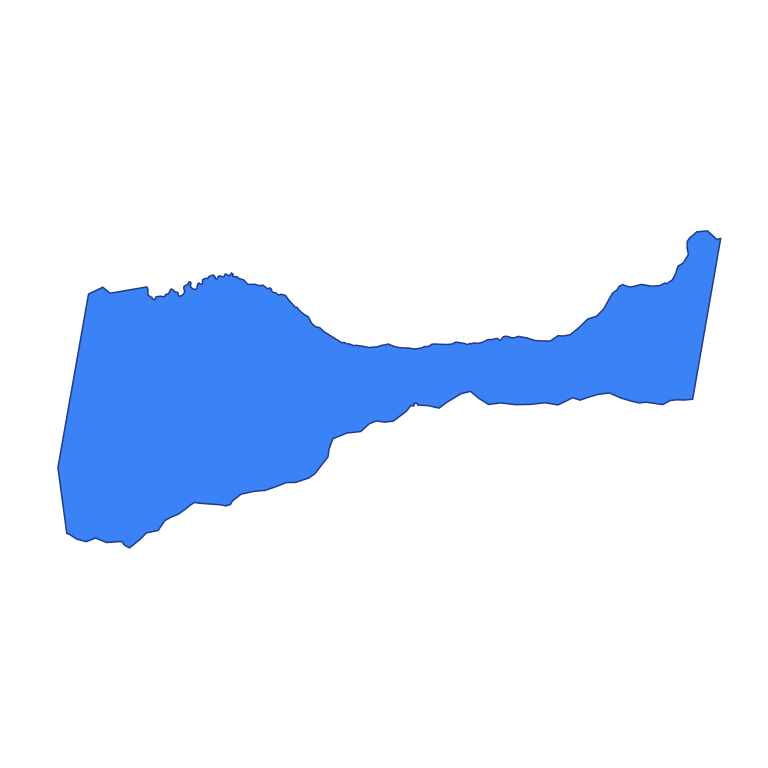 the district of Amador, California, United States of America, rotated 10°
{"feature_id": "52423323B77111199665921", "entity_name": "Amador", "entity_type": "district", "adm_level": 2, "iso_a3": "USA", "parent_name": "United States of America", "parent_adm1": "California", "projection": "equal_earth", "projection_center": [-120.611, 38.464], "detail": "fine", "context": "isolated", "style": "filled", "palette": "blue", "viewbox_px": 768, "rotation_deg": 10, "n_neighbors": 0, "source": "geoboundaries", "source_scale": "gbopen_adm2", "svg_char_len": 3692}
<svg xmlns="http://www.w3.org/2000/svg" viewBox="0 0 768 768"><g transform="rotate(10 384 384)"><path d="M690.3,182.3L689.8,182.3L686.6,183.9L676.1,177.0L665.7,179.8L659.7,187.0L657.9,190.8L658.9,197.5L661.3,203.6L658.7,210.2L657.8,212.7L653.1,216.9L651.9,225.4L649.8,231.5L644.8,236.3L642.9,235.8L641.0,237.3L637.9,239.4L630.8,241.2L620.4,241.2L610.0,245.8L605.2,245.5L601.9,244.6L598.6,247.0L597.2,250.7L593.4,254.8L591.1,260.8L587.3,272.1L581.4,280.5L573.3,284.7L566.3,294.5L558.8,303.2L551.4,305.8L547.1,306.1L540.2,312.9L525.7,315.0L516.6,313.8L507.9,313.8L504.5,315.7L501.5,316.3L498.0,315.7L495.3,315.9L493.2,316.9L491.6,320.0L490.6,321.1L489.0,320.1L487.6,319.4L485.1,320.4L481.6,321.8L478.8,322.1L475.9,324.3L473.2,326.2L470.1,327.5L467.7,327.8L465.1,328.0L463.0,329.3L461.3,329.2L459.6,330.7L456.2,330.1L447.5,330.2L444.4,332.7L440.0,334.0L436.0,334.6L432.2,335.2L428.5,335.6L424.4,336.4L421.6,339.1L417.0,340.3L414.7,342.1L410.9,343.3L407.4,344.3L404.5,344.3L401.4,344.3L398.7,344.9L396.0,345.2L392.6,345.5L388.0,345.3L384.8,344.7L381.2,343.9L378.1,345.3L374.9,346.4L371.1,348.5L368.7,349.2L366.5,349.6L363.9,350.6L360.6,350.6L358.4,350.6L355.8,350.5L352.9,350.7L349.2,350.8L347.4,351.5L345.4,351.0L343.2,350.6L340.3,350.9L337.7,350.0L335.2,350.7L330.2,348.7L322.8,345.7L315.5,342.8L311.2,339.8L306.0,339.3L302.1,336.7L297.9,331.1L293.8,329.5L290.9,328.1L287.2,325.7L285.2,323.6L283.3,323.9L279.3,320.7L275.4,317.7L271.5,313.8L267.1,313.5L265.6,314.6L263.4,314.1L261.3,312.9L258.6,313.1L256.6,311.1L256.8,310.3L255.0,309.2L252.8,310.4L247.7,307.7L244.0,308.8L239.5,308.2L235.5,309.1L232.2,309.3L227.9,305.9L225.2,305.5L223.0,305.3L220.5,303.9L216.5,304.4L216.0,302.5L216.3,302.3L214.6,301.2L212.9,304.5L209.7,303.3L208.5,303.3L208.1,304.6L208.0,305.6L206.9,306.5L203.6,306.0L201.9,307.0L201.6,308.9L200.9,309.9L199.4,309.4L199.2,308.1L198.1,306.9L196.7,306.3L195.3,307.1L194.1,307.9L192.8,308.7L192.0,310.7L190.0,311.0L188.6,311.7L187.5,312.6L187.2,314.4L187.8,315.8L187.5,317.3L185.6,317.4L184.3,316.7L183.3,317.6L183.2,318.4L183.1,321.2L183.1,322.6L181.5,323.8L179.2,323.5L177.3,322.4L176.1,320.7L176.5,319.7L176.1,317.5L175.3,317.0L174.1,317.7L173.7,319.7L171.7,321.2L170.3,322.2L170.0,324.3L171.1,326.0L171.7,328.5L171.0,330.0L169.8,331.8L167.9,332.9L166.7,333.0L165.8,331.8L165.6,330.6L164.4,329.4L163.5,329.6L162.3,329.7L159.6,327.9L158.4,327.3L157.3,328.1L157.0,329.5L156.0,332.7L153.8,333.4L152.6,335.9L151.4,336.5L149.5,336.3L148.0,336.5L146.1,337.2L144.3,337.9L143.8,340.1L143.0,340.8L141.4,340.5L140.8,339.5L137.9,338.1L136.5,337.7L136.0,336.3L135.8,335.4L135.2,333.0L135.0,331.5L133.7,329.7L132.1,329.9L131.3,330.4L98.4,342.2L90.3,337.5L77.4,346.7L77.4,522.9L97.6,586.3L99.6,586.4L108.4,590.1L118.2,591.0L126.6,585.8L138.3,588.3L153.0,584.6L156.6,587.9L161.9,589.6L166.0,584.9L171.3,578.7L175.7,572.0L187.0,567.4L191.9,556.6L196.6,552.7L204.1,547.8L209.7,542.2L214.1,537.1L218.0,533.5L222.4,533.5L232.8,532.5L244.4,531.3L249.3,531.5L253.7,529.3L255.2,525.2L262.4,517.3L274.6,512.3L285.7,509.3L298.2,502.2L304.9,498.0L314.0,496.3L326.1,489.7L331.5,484.5L336.8,474.3L341.5,465.5L341.2,457.7L343.1,446.8L355.8,438.8L369.4,434.8L376.5,425.6L383.1,421.7L391.2,421.5L399.6,418.9L410.8,406.9L414.2,400.5L416.0,400.7L417.4,399.9L417.0,397.6L420.0,397.4L421.1,398.9L431.8,397.6L442.4,398.2L449.9,390.3L461.6,380.2L470.4,376.2L480.2,381.8L490.5,386.0L501.8,382.4L517.2,381.5L531.5,378.7L545.9,374.5L558.9,374.4L566.9,368.7L572.1,364.8L580.1,365.8L585.8,362.5L596.4,357.1L607.5,353.7L620.3,356.8L630.4,357.9L638.6,358.4L644.9,356.4L653.6,356.1L662.0,355.9L669.1,350.4L675.2,348.7L682.6,347.6L690.6,345.4L690.3,182.3Z" fill="#3b82f6" stroke="#1e3a8a" stroke-width="1.5"/></g></svg>